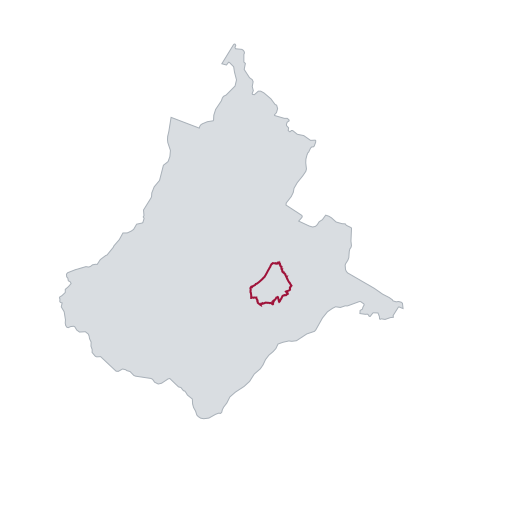 location of Oshwe, Bandundu, Democratic Republic of the Congo, rotated 211°
{"feature_id": "63176286B4112889633509", "entity_name": "Oshwe", "entity_type": "district", "adm_level": 2, "iso_a3": "COD", "parent_name": "Democratic Republic of the Congo", "parent_adm1": "Bandundu", "projection": "robinson", "projection_center": [19.895, -3.147], "detail": "fine", "context": "in_parent", "style": "outline", "palette": "rose", "viewbox_px": 512, "rotation_deg": 211, "n_neighbors": 0, "source": "geoboundaries", "source_scale": "gbopen_adm2", "svg_char_len": 8606}
<svg xmlns="http://www.w3.org/2000/svg" viewBox="0 0 512 512"><g transform="rotate(211 256 256)"><path d="M400.2,331.1L370.5,336.4L371.0,338.3L370.8,340.3L370.0,341.8L366.9,346.0L362.4,349.8L362.4,350.7L364.7,355.0L366.1,360.9L365.6,371.2L366.2,374.0L366.1,376.1L364.5,378.6L361.5,390.9L363.4,396.9L369.2,402.6L372.6,406.7L378.4,408.2L379.3,408.0L379.7,404.5L384.3,403.2L384.1,425.3L383.8,426.5L382.9,426.8L381.8,426.1L381.5,424.0L380.3,423.1L374.6,425.8L373.2,425.8L371.7,425.3L370.5,424.2L370.2,422.5L366.3,416.0L364.3,415.6L362.2,409.8L353.4,405.5L350.0,405.2L348.2,403.9L346.5,399.3L343.5,396.4L342.9,393.2L342.3,392.7L340.5,393.4L338.9,398.5L336.9,399.7L333.3,399.9L324.2,398.4L317.7,395.7L316.0,395.9L313.4,393.5L312.3,389.5L312.9,386.5L312.4,386.0L302.5,388.6L300.1,390.1L297.9,389.7L297.2,388.9L298.2,386.8L297.7,384.5L297.0,383.5L294.0,382.6L293.1,380.2L291.3,379.8L290.7,380.2L290.3,381.8L289.2,382.4L283.3,381.6L277.1,383.8L268.8,383.2L264.9,385.8L264.3,385.7L263.5,384.4L262.7,380.2L263.1,379.0L264.4,378.2L264.8,376.5L264.4,372.2L264.7,371.2L264.3,368.7L263.1,364.7L261.3,361.4L257.6,356.6L256.9,354.3L257.2,348.8L258.4,340.2L258.3,333.7L256.8,329.6L256.4,325.1L257.4,317.0L256.5,315.1L237.6,314.4L236.8,313.8L236.5,312.7L237.4,307.9L225.9,309.1L222.4,310.0L220.3,312.0L219.6,314.4L219.5,317.9L217.8,321.3L217.3,326.9L214.1,327.6L211.0,327.6L204.8,326.4L198.9,328.0L196.0,329.5L194.4,328.8L189.1,329.3L188.4,328.9L182.3,317.7L179.5,314.0L179.0,312.2L179.2,310.5L178.5,308.1L175.6,302.4L175.1,299.7L175.2,295.5L174.9,294.1L172.3,290.5L170.6,289.3L168.7,288.7L138.0,289.2L127.8,288.5L120.4,289.0L116.6,288.7L115.6,288.1L112.2,288.9L110.4,290.4L107.7,291.2L106.1,290.9L102.9,286.7L107.2,286.0L107.6,285.6L107.8,275.6L106.7,274.2L109.0,272.5L112.7,268.1L116.4,266.6L116.9,265.7L117.7,265.7L119.0,267.6L122.1,270.0L126.1,267.8L126.5,267.2L127.0,263.0L127.9,262.6L129.6,263.5L130.6,263.5L132.3,262.3L137.3,260.2L138.7,262.9L137.4,265.4L138.0,267.1L138.1,269.8L138.9,270.5L142.9,270.8L144.0,270.1L151.9,260.3L153.9,259.2L157.2,255.3L161.6,253.5L163.5,250.5L166.0,245.0L167.1,237.1L166.7,223.4L167.1,221.5L172.3,215.4L177.7,204.2L181.4,201.3L184.1,200.1L188.4,196.0L191.8,191.9L191.3,186.9L192.1,182.8L193.9,177.6L194.5,172.1L193.9,166.3L194.2,161.5L196.7,153.9L196.9,145.2L199.1,137.9L203.6,128.6L205.8,121.7L205.3,114.9L205.9,109.9L205.7,106.9L204.9,104.4L205.3,102.8L207.0,102.1L209.1,99.5L212.9,92.8L217.0,89.6L219.9,88.5L222.8,88.6L224.8,89.2L227.9,91.9L231.5,94.0L234.2,96.6L236.9,100.6L243.2,101.5L246.0,103.0L247.6,103.6L248.3,103.2L249.6,103.4L252.6,104.6L255.0,103.9L266.8,106.6L268.1,105.3L271.4,98.3L273.9,95.9L277.9,95.6L281.1,97.0L282.8,97.0L297.3,91.0L299.2,90.7L304.4,92.1L307.8,91.2L309.2,91.4L312.2,90.4L314.6,86.2L316.6,85.2L337.4,89.7L340.6,87.5L342.1,87.3L346.8,88.9L348.2,91.4L351.0,93.7L353.0,97.3L356.1,99.4L357.7,101.3L359.5,102.7L363.3,103.2L368.1,99.9L371.5,100.2L374.9,102.0L376.1,101.9L378.6,100.0L380.0,97.9L381.3,97.5L383.3,98.4L385.0,100.3L386.4,103.1L391.7,109.4L396.7,112.1L398.0,115.9L399.8,115.5L400.7,115.9L402.0,118.3L402.9,118.8L403.1,119.8L401.9,122.1L400.7,126.5L402.3,129.2L401.0,133.1L400.3,137.2L402.0,138.2L404.1,138.1L406.0,140.2L407.5,140.6L409.1,142.8L408.8,144.7L403.8,151.2L396.3,159.3L393.8,160.3L392.5,161.8L391.6,164.2L389.4,166.2L387.8,167.0L387.6,172.8L385.1,178.9L384.2,180.1L382.8,189.9L383.0,191.6L381.6,199.7L381.9,207.2L378.2,209.5L375.7,213.2L374.6,215.8L374.7,221.8L370.6,225.6L370.2,226.4L371.3,230.7L372.8,231.4L372.8,232.9L376.1,237.5L375.9,251.7L376.1,253.1L377.8,256.4L378.9,262.9L377.6,271.1L382.1,286.1L380.0,291.6L381.0,296.8L383.7,302.4L390.0,307.8L391.7,310.0L393.3,313.0L394.8,317.7L400.2,331.1Z" fill="#d9dde1" stroke="#a8b0b8" stroke-width="1"/><path d="M244.2,227.3L244.3,226.8L244.3,226.2L244.3,225.9L244.3,225.7L244.2,225.4L243.8,225.1L243.3,224.6L243.2,224.2L243.0,223.8L242.8,223.6L242.8,223.3L242.7,223.1L242.4,222.8L242.2,222.2L241.7,222.0L241.6,221.9L241.4,221.8L241.3,221.5L241.1,221.4L240.9,221.2L240.7,220.9L240.5,220.6L240.4,220.5L240.3,220.4L240.2,220.3L240.1,220.1L239.8,219.8L239.6,219.5L239.5,219.2L239.4,219.0L239.3,218.8L238.9,218.4L238.9,218.2L238.6,217.9L238.5,217.6L238.3,217.7L238.3,217.8L238.2,218.2L238.1,218.3L237.9,218.5L237.3,218.8L236.6,218.9L236.3,219.4L236.0,219.6L235.9,219.6L235.5,219.9L234.9,220.1L234.5,220.3L234.3,220.5L234.1,220.2L233.7,219.8L233.1,219.5L233.0,219.3L232.5,219.0L232.2,219.0L232.0,218.9L231.9,218.8L231.8,218.7L231.7,218.6L231.7,218.4L231.8,218.3L231.7,218.1L231.5,217.8L230.9,217.6L230.7,217.3L230.6,217.1L230.5,216.9L230.4,216.8L230.2,216.8L229.8,216.8L229.7,216.7L228.9,216.6L227.4,216.4L226.8,216.4L226.7,216.4L226.8,216.5L226.9,217.0L227.1,217.2L227.1,217.5L227.1,217.9L227.0,218.0L226.8,218.1L226.2,218.1L225.9,218.3L225.9,218.5L225.9,218.8L225.9,219.0L225.3,219.0L225.1,219.1L224.9,219.3L224.9,219.5L224.5,220.0L224.2,220.5L223.9,220.9L223.5,220.9L223.4,221.0L223.2,221.3L222.9,221.4L222.5,221.6L222.3,221.7L222.1,221.7L221.8,222.0L220.8,222.5L220.7,222.5L220.3,222.6L220.1,222.7L219.9,222.7L219.6,223.1L219.3,223.2L218.8,223.4L218.6,223.4L218.4,223.6L218.1,223.5L217.9,223.7L217.6,223.6L217.4,223.3L217.2,223.4L216.7,223.3L216.6,223.6L216.8,223.9L217.0,224.1L217.1,224.3L217.1,224.5L217.3,225.0L217.5,225.3L217.5,225.5L217.4,225.7L217.3,226.1L217.4,226.4L217.5,226.4L217.6,226.5L217.8,226.6L218.0,226.5L217.7,227.4L217.2,228.2L217.1,228.4L217.1,230.8L217.1,231.0L216.8,231.2L216.6,231.2L216.4,231.3L216.2,231.8L216.2,232.0L215.9,232.0L214.5,230.5L213.8,229.8L213.2,229.1L213.0,228.9L212.9,228.8L212.5,228.6L212.4,228.9L212.3,229.4L212.3,229.6L212.3,230.0L212.3,230.3L212.5,230.9L212.5,231.2L212.5,231.6L212.5,231.8L212.3,232.3L212.5,233.5L212.5,233.9L212.6,234.6L212.7,235.1L212.6,235.6L212.4,235.9L212.3,236.1L212.1,236.3L211.8,236.4L211.8,236.5L211.6,237.1L211.3,237.3L211.2,237.3L210.8,237.5L210.5,237.6L210.2,237.7L210.1,237.8L210.0,238.0L209.9,238.7L209.8,238.9L209.4,239.6L209.3,239.8L209.5,239.9L209.5,240.1L209.5,240.3L209.7,240.5L209.8,240.5L210.0,240.5L210.3,240.5L210.5,240.5L211.0,240.4L211.1,240.6L211.5,240.8L211.8,240.9L211.7,241.0L211.8,241.2L211.7,241.3L211.7,241.5L211.3,241.8L211.1,242.0L210.7,242.4L210.6,242.6L210.5,242.8L210.4,243.0L210.0,243.4L209.8,243.8L209.5,244.4L209.6,244.6L209.7,245.1L210.0,245.4L210.3,245.7L210.4,245.9L210.5,246.0L210.7,246.4L210.4,246.7L210.4,246.8L210.6,247.2L210.6,247.3L210.6,247.5L210.4,248.2L210.3,248.7L210.3,248.8L210.7,248.9L210.8,249.0L211.1,249.2L211.4,249.2L211.6,249.4L211.8,249.5L212.1,249.7L212.5,249.8L212.8,250.1L213.2,250.3L213.4,250.5L213.5,250.5L213.9,250.4L214.2,250.6L214.3,250.6L214.7,250.9L215.1,251.0L215.4,251.2L215.5,251.3L215.8,251.5L216.0,251.6L216.4,251.9L216.6,252.0L217.0,252.1L217.5,252.5L217.8,252.7L217.8,252.8L218.0,252.8L218.2,253.0L218.7,253.4L218.9,253.5L219.1,253.7L219.1,253.8L219.2,253.7L219.5,253.8L219.8,254.1L220.4,254.5L220.5,254.6L220.8,254.8L221.0,254.8L221.2,255.0L221.3,255.2L221.4,255.4L221.5,255.5L221.8,255.5L222.0,255.6L222.5,255.7L222.6,255.8L222.9,255.8L223.0,255.7L223.3,255.8L223.6,255.8L224.0,255.9L224.0,256.0L224.2,255.9L224.4,255.9L224.7,256.1L224.9,256.3L225.0,256.4L225.3,256.4L225.5,256.3L225.9,256.8L226.0,257.0L226.1,257.3L226.3,257.4L226.5,257.5L226.9,257.7L227.0,257.9L227.0,258.0L227.2,257.9L227.3,257.9L227.5,258.0L227.7,258.4L227.8,258.5L228.0,258.7L228.1,258.8L228.2,259.0L228.4,259.5L228.5,259.9L228.8,260.0L229.0,260.0L229.4,259.9L229.5,260.0L229.9,260.0L230.0,260.1L230.2,260.3L230.4,260.4L230.5,260.5L230.6,260.8L230.8,260.9L230.9,261.0L231.1,260.8L231.4,260.9L231.6,261.1L231.7,261.3L231.7,261.7L231.9,261.7L232.0,261.8L232.2,262.0L232.2,261.9L232.3,261.9L232.6,261.8L232.7,261.7L232.8,261.7L233.1,261.9L233.4,262.0L233.6,262.0L233.7,261.9L233.7,261.7L233.9,261.5L233.9,261.4L233.7,261.0L233.8,260.9L233.9,260.7L233.9,260.4L234.0,260.2L234.3,260.1L234.6,259.9L234.7,260.0L235.1,260.0L235.3,260.1L235.5,260.0L235.6,259.9L235.6,259.6L236.0,259.5L236.5,259.2L237.3,258.8L237.6,258.7L237.8,258.6L238.0,258.5L238.0,258.4L238.0,258.2L238.1,257.8L238.1,257.7L238.3,257.6L238.4,257.4L238.5,257.1L238.5,256.6L238.5,256.2L238.5,255.8L238.4,254.7L238.2,254.2L238.3,252.7L238.2,252.0L238.2,249.7L238.0,246.7L238.0,245.4L237.9,244.3L238.0,243.9L237.9,242.8L237.9,242.5L238.0,242.3L238.2,241.9L238.5,240.8L238.5,240.7L238.4,240.7L238.5,240.3L238.6,239.9L238.6,239.6L238.7,239.2L238.9,239.0L239.0,238.4L239.6,236.5L239.9,235.5L240.4,234.2L240.8,233.3L240.9,232.9L241.0,232.7L241.8,231.9L241.8,231.1L241.9,230.6L242.2,230.1L242.7,229.3L243.2,228.5L243.3,228.0L243.3,227.7L243.4,227.2L244.2,227.3Z" fill="none" stroke="#9f1239" stroke-width="2"/></g></svg>